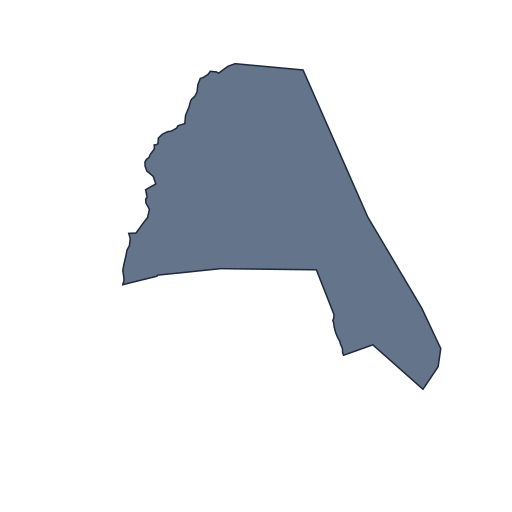 Choppin, Anse-la-Raye, Saint Lucia (Mercator projection), rotated 337°
{"feature_id": "8701671B98444413378484", "entity_name": "Choppin", "entity_type": "district", "adm_level": 2, "iso_a3": "LCA", "parent_name": "Saint Lucia", "parent_adm1": "Anse-la-Raye", "projection": "mercator", "projection_center": [-60.989, 13.954], "detail": "fine", "context": "isolated", "style": "filled", "palette": "slate", "viewbox_px": 512, "rotation_deg": 337, "n_neighbors": 0, "source": "geoboundaries", "source_scale": "gbopen_adm2", "svg_char_len": 1354}
<svg xmlns="http://www.w3.org/2000/svg" viewBox="0 0 512 512"><g transform="rotate(337 256 256)"><path d="M389.9,413.4L388.2,368.7L374.1,263.8L372.0,103.1L371.8,103.0L371.2,102.7L311.9,70.8L304.4,70.4L301.2,71.1L293.1,73.1L291.5,71.1L289.6,70.1L286.1,68.1L282.8,70.1L276.7,71.1L274.1,70.8L269.6,75.4L265.7,82.1L262.2,85.0L258.3,86.4L256.4,87.7L252.5,92.7L246.1,99.0L242.2,106.3L235.1,105.6L232.8,107.3L226.1,108.0L223.8,107.0L217.4,107.3L212.2,109.3L209.6,114.3L207.4,114.6L205.8,113.9L204.1,117.9L198.7,120.9L195.8,123.6L192.9,124.2L192.6,124.5L190.6,125.9L189.0,129.9L188.7,135.2L192.5,142.5L192.2,146.5L191.9,150.5L180.3,151.8L178.7,159.5L176.7,160.5L175.4,164.1L176.1,171.4L171.3,178.1L163.2,182.7L154.5,188.0L147.7,185.4L147.1,190.7L143.5,197.0L139.7,200.0L135.8,205.7L131.9,211.0L131.1,212.1L130.3,213.3L127.7,217.3L127.4,218.5L125.8,224.6L124.8,227.2L122.2,230.2L122.1,230.4L131.9,231.9L156.9,235.9L157.7,235.4L158.0,235.2L218.7,253.9L237.1,262.0L306.2,292.3L305.8,305.9L304.9,340.5L303.2,343.7L301.4,345.5L301.4,347.4L300.8,350.0L300.4,351.0L300.3,351.4L299.7,355.2L299.5,356.8L299.4,358.0L299.3,361.5L299.4,362.8L299.8,367.7L299.3,370.0L299.4,373.2L299.5,373.9L299.4,374.3L299.1,375.8L298.0,378.6L297.9,380.2L297.8,381.3L297.9,381.6L328.8,383.4L357.6,443.9L380.4,429.1L389.9,413.4Z" fill="#64748b" stroke="#1e293b" stroke-width="1.5"/></g></svg>